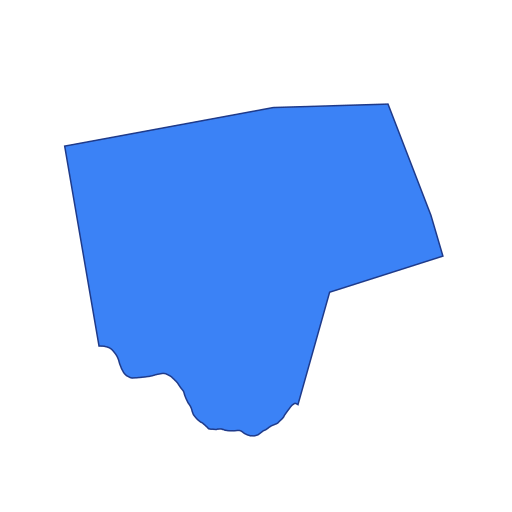 outline of Palmiste Estate, Praslin, Saint Lucia, rotated 340°
{"feature_id": "8701671B26229529558045", "entity_name": "Palmiste Estate", "entity_type": "district", "adm_level": 2, "iso_a3": "LCA", "parent_name": "Saint Lucia", "parent_adm1": "Praslin", "projection": "natural_earth1", "projection_center": [-60.965, 13.853], "detail": "fine", "context": "isolated", "style": "filled", "palette": "blue", "viewbox_px": 512, "rotation_deg": 340, "n_neighbors": 0, "source": "geoboundaries", "source_scale": "gbopen_adm2", "svg_char_len": 5816}
<svg xmlns="http://www.w3.org/2000/svg" viewBox="0 0 512 512"><g transform="rotate(340 256 256)"><path d="M77.7,286.9L78.0,287.0L78.6,287.3L79.4,287.5L79.7,287.7L80.2,287.9L80.5,288.0L80.8,288.1L81.0,288.2L81.7,288.5L82.2,288.8L82.6,288.9L82.9,289.2L83.5,289.6L84.1,290.0L84.3,290.1L84.8,290.4L85.5,291.0L85.9,291.4L86.1,291.5L86.5,291.8L87.2,292.6L87.4,292.9L88.0,293.7L88.7,294.8L88.8,295.1L88.8,295.3L89.1,295.8L89.4,296.7L89.7,297.6L89.8,297.8L89.9,298.2L90.1,298.8L90.3,299.3L90.4,299.7L90.5,300.0L90.6,300.4L90.7,300.7L90.8,301.3L90.9,301.7L91.0,302.2L91.2,303.5L91.2,304.3L91.3,304.8L91.3,306.2L91.3,307.1L91.3,307.4L91.2,307.9L91.2,308.5L91.1,309.3L91.1,309.9L91.0,310.5L91.1,314.1L91.1,314.4L91.1,315.8L91.2,316.1L91.2,316.5L91.3,317.0L91.4,317.8L91.6,318.9L91.6,319.1L91.7,319.9L91.9,320.7L92.1,321.3L92.2,321.7L92.5,322.2L92.6,322.6L92.8,322.9L93.0,323.3L93.2,323.8L93.3,324.0L93.7,324.5L94.0,324.8L94.3,325.1L94.7,325.5L94.9,325.8L95.5,326.4L95.8,326.7L96.0,327.0L96.6,327.5L97.0,327.8L97.3,328.0L97.5,328.0L97.8,328.2L98.0,328.3L98.4,328.5L98.6,328.5L99.0,328.6L99.6,328.8L100.1,328.9L100.3,329.0L100.5,329.1L100.8,329.1L101.3,329.3L101.5,329.4L102.1,329.6L102.6,329.7L103.7,330.0L104.0,330.0L104.3,330.1L105.1,330.4L105.8,330.5L106.2,330.7L106.5,330.8L107.0,330.8L107.7,331.0L108.1,331.1L108.5,331.2L108.7,331.3L109.2,331.4L109.4,331.5L110.2,331.6L110.7,331.8L112.6,332.1L113.0,332.3L113.7,332.4L114.4,332.6L114.8,332.7L115.4,332.7L115.9,332.8L116.3,332.8L116.6,332.9L116.9,333.0L117.1,333.0L117.5,333.0L117.9,333.1L118.8,333.1L119.0,333.1L119.5,333.2L120.5,333.2L121.0,333.2L121.3,333.3L121.5,333.3L121.9,333.4L122.6,333.4L123.2,333.5L123.7,333.6L124.2,333.7L126.0,334.0L126.4,334.1L126.7,334.1L127.1,334.2L127.7,334.3L128.5,334.5L128.8,334.6L129.1,334.8L129.6,335.0L129.9,335.2L130.1,335.3L130.5,335.5L130.9,335.8L131.3,336.1L131.5,336.4L132.4,337.3L132.7,337.6L133.5,338.5L134.1,339.2L134.4,339.4L134.6,339.7L134.8,340.1L135.2,340.6L135.4,340.9L135.6,341.5L136.0,342.3L136.3,342.8L136.4,343.1L136.6,343.4L136.9,344.0L137.4,345.2L137.5,345.4L137.8,345.9L137.9,346.1L138.7,348.1L138.9,348.6L139.0,349.2L139.2,349.8L139.2,350.2L139.4,350.9L139.6,351.6L139.8,352.5L140.0,353.1L140.0,353.4L140.3,354.3L140.4,354.8L140.7,355.5L141.0,356.4L141.1,356.6L141.2,356.9L141.3,357.3L141.4,357.6L141.5,357.8L141.5,358.1L141.6,358.3L141.6,359.9L141.5,360.4L141.6,360.8L141.5,361.1L141.4,361.4L141.5,361.8L141.4,362.1L141.4,362.5L141.4,363.2L141.5,366.5L141.6,366.8L141.6,367.4L141.7,368.0L141.7,368.4L141.8,368.9L141.8,369.5L141.9,370.0L141.9,370.4L142.0,370.7L142.1,371.2L142.1,371.6L142.3,371.8L142.6,373.2L142.7,373.5L143.0,375.1L143.0,375.6L143.0,375.8L143.1,376.2L143.1,377.7L143.1,378.1L143.1,378.6L143.0,379.1L142.9,379.7L142.9,380.0L142.9,381.0L142.9,381.6L142.9,383.3L143.0,383.5L143.0,384.0L143.2,384.4L143.2,384.6L143.3,384.9L143.4,385.2L143.5,385.4L143.6,385.8L143.7,386.0L143.8,386.3L143.9,386.7L144.0,387.0L144.3,387.7L144.4,388.0L144.6,388.4L144.8,389.0L145.3,390.1L145.5,390.3L145.8,390.8L145.9,391.0L146.1,391.4L146.2,391.5L146.4,391.9L146.8,392.4L147.0,392.9L147.3,393.2L147.4,393.4L147.9,393.8L148.5,394.5L148.8,394.9L148.9,395.1L149.1,395.5L149.2,395.9L149.4,396.0L149.6,396.3L149.8,396.8L150.0,397.1L150.3,397.7L150.5,398.0L150.7,398.5L150.8,398.7L150.9,399.0L151.2,399.6L151.5,399.9L151.8,400.6L151.9,401.1L152.4,402.1L152.7,402.1L152.9,402.5L153.5,402.8L153.8,403.0L154.2,403.2L154.6,403.4L155.1,403.6L155.7,403.8L155.9,403.9L156.1,403.9L156.6,404.1L156.9,404.4L157.8,404.7L158.2,405.0L158.5,405.1L159.2,405.4L159.6,405.5L159.8,405.5L160.8,405.5L161.1,405.7L162.3,406.0L162.6,406.1L163.2,406.3L163.4,406.4L163.9,406.5L164.2,406.7L164.5,406.9L164.8,406.9L165.1,407.5L166.1,407.9L166.8,408.7L167.0,408.9L167.5,409.1L167.6,409.3L168.3,409.6L168.8,409.9L170.0,410.6L170.6,410.8L171.1,411.1L171.6,411.2L172.0,411.4L172.7,411.7L173.1,411.8L173.6,412.0L174.2,412.2L174.5,412.3L174.9,412.5L175.1,412.6L175.6,412.7L175.8,412.8L176.2,412.9L176.4,413.0L176.9,413.1L177.7,413.3L178.2,413.4L178.5,413.5L178.9,413.6L179.4,413.7L179.6,413.8L180.0,414.0L180.6,414.2L181.1,414.5L181.5,414.8L181.7,415.0L182.0,415.2L182.2,415.5L182.6,416.0L182.8,416.2L183.0,416.5L183.2,416.9L183.4,417.1L183.5,417.3L183.8,417.9L184.5,418.8L184.7,419.1L185.2,419.6L185.4,419.7L185.7,420.1L186.0,420.4L186.8,421.2L187.3,421.6L187.8,421.9L188.9,422.8L189.0,422.9L189.4,423.1L189.5,423.2L189.9,423.3L190.7,423.5L190.8,423.6L191.5,423.9L192.0,424.1L192.7,424.4L192.9,424.4L193.4,424.5L193.6,424.5L194.0,424.6L194.6,424.6L194.8,424.6L196.1,424.7L196.8,424.7L197.3,424.5L197.5,424.5L201.3,423.3L202.0,423.1L202.6,422.9L202.9,422.8L203.4,422.7L204.8,422.7L205.3,422.6L205.8,422.6L206.7,422.3L207.1,422.3L207.4,422.1L208.3,422.0L208.4,421.9L208.7,421.7L210.2,421.3L210.6,421.3L210.8,421.2L211.0,421.1L212.0,420.9L212.3,420.9L212.8,420.8L216.0,420.7L216.9,420.6L217.3,420.6L217.8,420.7L218.1,420.6L218.5,420.5L218.9,420.5L219.6,420.3L219.7,420.2L220.0,420.1L220.2,419.9L221.0,419.6L221.4,419.4L221.6,419.3L222.2,419.0L223.0,418.7L223.5,418.5L223.9,418.3L224.4,418.1L224.7,418.0L225.0,417.8L225.3,417.7L225.7,417.4L226.0,417.3L226.2,417.1L226.5,416.9L227.0,416.7L227.5,416.1L228.5,415.2L229.0,414.9L229.4,414.6L229.6,414.4L229.9,414.3L230.8,413.6L231.3,413.3L231.5,413.1L232.1,412.8L232.4,412.5L232.6,412.4L233.2,412.0L233.6,411.8L233.9,411.5L234.7,411.1L235.1,410.8L235.8,410.3L236.7,409.7L236.9,409.6L237.3,409.3L237.6,409.2L237.8,409.1L238.1,408.9L238.6,408.7L238.9,408.5L239.5,408.3L239.9,408.2L240.1,408.2L240.3,408.1L240.6,408.1L240.9,407.9L241.2,407.9L241.6,407.8L242.2,407.8L242.4,407.9L242.9,408.1L243.2,408.5L243.4,408.6L243.6,408.9L243.9,409.2L244.1,409.4L244.4,409.7L244.6,410.0L312.8,315.2L431.6,320.0L434.3,277.6L432.0,158.4L323.0,122.4L113.8,87.3L77.7,286.9Z" fill="#3b82f6" stroke="#1e3a8a" stroke-width="1.5"/></g></svg>